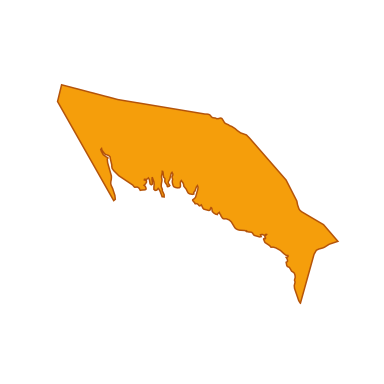 Gulf, Albers equal-area conic projection, rotated 15°
{"feature_id": "PNG-1244", "entity_name": "Gulf", "entity_type": "Province", "adm_level": 1, "iso_a3": "PNG", "parent_name": "Papua New Guinea", "parent_adm1": "", "projection": "albers", "projection_center": [144.902, -7.657], "detail": "fine", "context": "isolated", "style": "filled", "palette": "amber", "viewbox_px": 384, "rotation_deg": 15, "n_neighbors": 0, "source": "natural_earth", "source_scale": "10m", "svg_char_len": 3994}
<svg xmlns="http://www.w3.org/2000/svg" viewBox="0 0 384 384"><g transform="rotate(15 192 192)"><path d="M325.5,271.3L325.2,271.2L323.2,269.3L316.0,258.6L315.0,256.0L314.9,252.5L314.6,251.8L313.9,250.8L313.8,250.4L313.8,247.8L313.3,246.3L312.5,244.8L311.4,243.6L308.6,242.6L306.1,240.1L305.4,239.6L303.4,239.3L302.5,238.4L301.1,235.5L302.2,234.5L301.9,233.1L301.0,231.7L299.9,230.8L300.7,230.4L301.3,229.9L301.5,229.3L301.1,228.5L299.4,228.8L296.8,227.8L292.4,225.5L287.5,224.3L284.8,224.2L282.6,224.9L280.9,223.7L275.6,221.9L274.4,220.5L274.3,220.2L273.9,219.8L273.5,219.4L273.3,218.7L273.5,218.4L274.7,218.3L275.0,217.8L274.9,217.3L274.5,217.0L274.1,216.7L273.9,216.4L274.0,215.8L275.0,213.7L274.4,213.7L273.4,215.1L272.2,215.0L270.8,214.8L269.2,215.5L270.4,217.2L268.9,217.9L263.7,217.8L262.7,217.5L261.1,216.0L260.0,215.5L258.7,215.6L257.4,215.9L256.1,216.0L254.8,215.5L254.8,216.0L253.2,215.5L247.5,216.6L245.5,216.5L243.9,216.1L242.6,215.4L237.7,210.7L235.3,209.4L232.1,209.0L231.3,209.2L230.5,209.5L229.6,209.7L228.7,209.6L227.9,209.1L226.1,207.5L225.5,206.5L224.3,205.7L223.7,204.6L222.9,205.5L222.2,206.7L222.3,207.2L220.7,207.3L218.6,206.7L216.7,205.6L215.9,204.0L215.6,203.1L215.0,202.3L214.4,202.1L214.1,202.8L214.1,204.7L213.8,205.1L213.0,205.5L207.8,205.5L206.8,204.9L204.3,202.0L203.2,203.4L202.3,203.3L201.3,202.5L199.9,202.0L199.4,202.1L198.4,202.5L197.9,202.5L197.7,202.3L197.3,201.5L197.0,201.4L196.3,201.1L195.5,200.5L194.8,199.9L194.7,199.3L196.1,197.6L196.8,196.1L196.9,187.8L196.6,185.8L195.6,184.4L194.9,186.0L194.6,190.2L193.8,192.0L194.3,193.4L193.3,194.1L191.6,194.3L190.1,194.4L188.7,194.0L187.5,192.9L185.7,190.8L182.6,188.5L181.8,186.6L180.9,185.5L178.7,183.7L178.2,185.3L178.5,186.9L179.1,188.4L179.4,190.0L178.6,191.2L176.7,191.8L174.6,191.9L172.9,191.5L172.1,190.6L171.2,189.2L170.4,187.6L170.1,186.4L170.1,185.5L170.0,184.7L169.7,184.1L169.2,183.5L168.8,182.7L169.1,180.6L168.9,179.7L167.6,178.2L167.1,179.2L167.2,185.3L166.5,188.0L166.6,189.1L167.0,189.8L168.9,191.5L168.5,192.3L167.7,192.9L166.9,193.2L166.6,192.9L166.1,191.8L163.9,190.0L163.1,189.1L162.9,188.5L162.6,187.0L162.5,186.4L162.3,186.0L161.8,185.6L161.2,185.3L160.8,185.0L160.1,183.5L159.1,180.8L158.4,179.7L157.9,179.7L158.3,181.2L158.4,184.4L158.8,185.7L159.9,188.1L160.1,189.4L160.3,192.2L160.8,194.4L161.3,195.3L162.1,196.3L162.8,197.4L163.1,198.8L164.1,199.7L165.8,201.9L166.4,204.0L164.3,204.3L164.0,203.8L162.4,201.5L162.0,201.1L161.5,200.2L160.5,199.0L159.3,197.9L158.4,197.3L157.5,199.3L156.0,200.0L154.5,199.3L153.9,197.0L153.5,194.5L152.6,192.1L149.7,187.9L150.1,190.2L151.1,192.6L151.7,194.6L150.8,195.6L149.4,195.0L147.6,191.0L146.2,189.7L145.7,190.7L144.9,191.4L143.9,191.8L142.8,192.0L142.8,192.7L145.0,192.8L145.5,194.2L145.0,196.1L143.9,197.9L144.8,198.2L145.9,199.2L146.7,200.4L146.8,201.4L146.0,202.1L142.8,203.2L141.6,203.8L140.1,202.2L139.2,201.7L138.1,201.4L137.2,201.6L136.2,202.0L135.2,202.2L134.4,201.7L132.9,200.6L117.0,195.2L110.8,191.6L108.8,189.9L108.0,188.3L107.5,186.6L104.5,181.0L103.9,179.5L103.6,179.1L102.7,178.6L101.9,178.3L99.9,178.1L98.9,178.1L97.6,177.6L94.7,175.3L93.9,174.5L93.8,174.2L93.4,173.4L92.8,174.5L93.7,175.9L96.4,178.8L97.2,179.3L98.0,179.5L99.9,180.3L101.8,180.6L102.0,181.1L101.7,181.7L101.6,182.2L103.0,185.7L110.0,197.4L110.5,199.1L110.8,200.9L110.9,202.9L111.3,204.9L112.2,206.5L114.4,209.1L118.4,215.3L119.8,218.9L118.6,220.6L38.7,139.4L38.3,122.2L96.5,121.9L183.9,113.4L184.1,113.4L186.6,112.8L187.7,112.7L188.7,112.8L189.8,113.2L191.2,114.3L192.3,114.8L193.4,114.8L195.5,114.5L196.9,114.8L198.5,114.3L199.6,113.6L200.7,113.1L201.9,113.3L203.7,114.9L205.0,116.2L206.1,117.0L207.4,117.3L209.6,117.6L211.3,118.2L213.4,118.4L217.2,119.6L219.8,120.9L223.6,122.3L229.8,122.8L233.7,125.1L279.8,156.1L295.6,173.6L297.3,177.1L299.6,180.5L300.9,181.7L303.0,182.7L327.5,189.5L345.7,201.9L338.1,206.9L334.3,211.0L332.8,212.2L329.2,214.3L327.2,216.1L326.0,220.6L325.5,271.3L325.5,271.3Z" fill="#f59e0b" stroke="#b45309" stroke-width="1.5"/></g></svg>